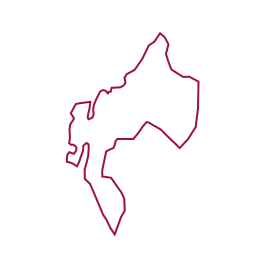 the district of Södertälje, Stockholm, Sweden, rotated 212°
{"feature_id": "70781695B28053547140840", "entity_name": "Södertälje", "entity_type": "district", "adm_level": 2, "iso_a3": "SWE", "parent_name": "Sweden", "parent_adm1": "Stockholm", "projection": "albers", "projection_center": [17.571, 59.144], "detail": "fine", "context": "isolated", "style": "outline", "palette": "rose", "viewbox_px": 256, "rotation_deg": 212, "n_neighbors": 0, "source": "geoboundaries", "source_scale": "gbopen_adm2", "svg_char_len": 1598}
<svg xmlns="http://www.w3.org/2000/svg" viewBox="0 0 256 256"><g transform="rotate(212 128 128)"><path d="M73.5,138.4L71.2,150.3L71.1,164.7L79.2,182.0L92.8,204.7L94.0,204.6L103.1,204.0L108.3,200.5L122.3,200.6L129.8,206.4L135.1,211.0L138.0,220.4L145.0,224.4L151.0,225.3L151.4,215.1L154.1,209.1L152.5,193.8L153.2,180.8L154.8,177.9L157.6,173.0L157.7,168.9L156.0,167.1L154.0,164.7L154.3,161.4L155.5,159.6L156.1,158.3L158.4,156.8L161.0,154.9L163.2,153.5L162.6,151.6L161.9,149.7L163.3,148.5L163.4,146.8L164.3,146.8L164.7,147.4L167.6,147.6L169.7,146.5L170.9,144.3L170.2,135.7L169.5,131.3L169.0,129.2L167.9,126.3L166.1,123.5L164.3,121.4L163.8,117.6L164.7,116.4L166.1,114.5L167.7,115.5L169.3,119.0L170.9,124.0L173.7,129.9L173.9,130.2L176.4,128.1L182.1,123.4L184.9,120.7L184.3,110.1L181.0,108.7L178.7,107.1L178.9,100.5L176.6,95.4L172.0,88.9L170.0,84.1L167.6,83.5L165.5,84.9L162.3,84.6L160.9,83.4L160.0,81.0L160.2,77.4L165.0,76.4L165.3,73.3L163.8,69.9L161.9,66.9L160.0,67.7L155.9,68.6L151.0,68.4L151.4,73.1L152.8,78.8L154.0,84.6L156.5,89.5L155.2,93.4L152.7,93.2L150.6,90.0L147.0,83.3L144.5,75.9L142.8,69.9L137.6,61.9L130.9,60.6L125.3,56.9L103.2,41.3L97.8,38.9L90.2,34.0L82.9,30.7L84.6,38.9L86.7,48.8L87.0,56.3L93.8,66.2L99.9,70.1L100.8,70.4L108.2,73.5L115.9,76.8L122.1,74.2L124.0,73.2L127.3,78.2L130.0,85.4L131.9,90.6L134.1,96.5L131.5,100.9L129.7,103.4L130.3,106.8L131.6,110.1L131.2,113.1L126.9,115.7L117.6,121.5L116.6,129.7L116.3,137.0L115.4,142.7L113.7,143.6L108.2,143.7L99.3,144.1L91.1,142.1L89.6,141.8L77.8,139.4L76.5,139.0L75.5,138.8L73.5,138.4Z" fill="none" stroke="#9f1239" stroke-width="2"/></g></svg>